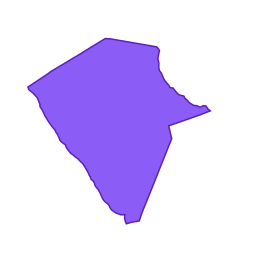 Wagner, Bahia, Brazil, rotated 343°
{"feature_id": "56859067B26667304693986", "entity_name": "Wagner", "entity_type": "district", "adm_level": 2, "iso_a3": "BRA", "parent_name": "Brazil", "parent_adm1": "Bahia", "projection": "natural_earth1", "projection_center": [-41.154, -12.251], "detail": "fine", "context": "isolated", "style": "filled", "palette": "violet", "viewbox_px": 256, "rotation_deg": 343, "n_neighbors": 0, "source": "geoboundaries", "source_scale": "gbopen_adm2", "svg_char_len": 1514}
<svg xmlns="http://www.w3.org/2000/svg" viewBox="0 0 256 256"><g transform="rotate(343 128 128)"><path d="M44.3,59.6L44.4,62.2L45.5,64.3L46.9,66.0L48.1,68.2L49.2,70.7L50.2,72.5L50.3,75.7L50.7,79.3L50.1,82.0L51.1,85.1L51.6,88.0L51.9,90.0L52.1,92.1L53.0,95.2L53.6,97.8L54.4,100.4L55.6,103.9L56.3,105.8L57.5,108.3L57.9,111.2L58.7,113.7L59.2,117.2L59.3,119.9L60.3,122.0L61.7,123.9L63.2,125.7L63.4,129.1L64.4,131.8L65.8,135.5L67.5,137.6L69.3,140.5L71.4,143.2L72.5,145.8L73.9,148.0L74.7,150.1L75.4,152.8L76.1,155.8L76.8,158.7L77.1,161.6L77.6,163.9L77.8,166.5L78.9,168.0L79.7,170.3L79.7,173.4L80.4,175.8L81.5,178.2L82.1,180.8L82.5,183.4L82.7,185.5L83.0,187.8L83.7,190.2L84.8,192.4L86.3,194.3L87.3,196.8L87.5,199.1L88.3,201.5L89.8,203.5L91.3,205.5L93.5,207.1L95.2,208.6L97.2,209.4L99.6,209.8L98.6,212.6L98.1,216.0L98.4,219.1L104.2,219.2L111.5,220.2L117.1,212.5L136.5,188.6L137.8,186.9L153.9,166.8L157.1,162.9L161.7,157.1L166.7,151.0L167.5,137.8L169.4,137.8L200.5,136.5L211.7,135.7L210.2,133.5L209.0,129.7L206.4,128.6L204.4,129.2L202.5,128.9L200.5,126.8L197.8,125.8L195.7,123.7L193.9,121.6L192.7,118.6L191.2,116.4L190.8,113.8L188.2,112.3L186.0,110.6L185.1,108.7L184.1,106.5L182.8,103.0L180.0,101.6L179.4,98.7L178.2,96.3L177.3,93.9L176.5,91.3L176.2,87.6L175.9,85.0L174.9,82.6L175.0,79.8L175.8,77.1L176.6,74.6L176.6,72.1L177.1,69.8L178.3,67.6L179.6,65.1L180.7,63.3L180.3,61.2L179.1,58.8L137.6,37.8L132.4,35.8L116.7,39.8L105.2,42.9L70.9,51.4L67.3,52.7L44.3,59.6Z" fill="#8b5cf6" stroke="#5b21b6" stroke-width="1.5"/></g></svg>